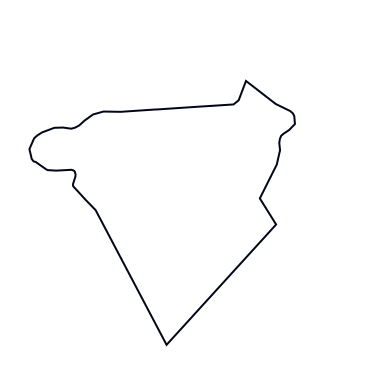 SVG path tracing the border of Granada, rotated 62°
{"feature_id": "NIC-655", "entity_name": "Granada", "entity_type": "Department", "adm_level": 1, "iso_a3": "NIC", "parent_name": "Nicaragua", "parent_adm1": "", "projection": "mercator", "projection_center": [-85.973, 11.905], "detail": "fine", "context": "isolated", "style": "outline", "palette": "ink", "viewbox_px": 384, "rotation_deg": 62, "n_neighbors": 0, "source": "natural_earth", "source_scale": "10m", "svg_char_len": 794}
<svg xmlns="http://www.w3.org/2000/svg" viewBox="0 0 384 384"><g transform="rotate(62 192 192)"><path d="M180.3,69.2L182.9,77.2L183.5,83.6L184.2,86.8L186.4,89.5L189.8,92.0L196.4,94.6L207.6,104.3L229.5,135.1L260.2,133.0L315.0,286.2L162.8,285.6L149.4,289.5L131.2,294.2L129.3,293.5L125.3,289.4L123.7,287.7L121.9,286.6L119.8,286.1L119.1,286.0L118.1,286.1L117.0,286.8L115.8,288.0L109.4,301.8L104.9,309.2L103.4,310.2L92.0,316.0L90.6,317.5L87.5,318.0L77.8,315.4L70.5,306.2L69.5,302.4L69.0,296.4L70.7,283.4L74.5,275.7L79.4,268.9L80.3,265.2L80.3,260.3L78.5,253.3L77.1,243.0L79.4,232.4L87.8,217.2L89.8,212.7L97.6,195.3L101.5,186.6L103.0,183.5L117.7,150.7L134.2,114.2L132.9,107.7L119.3,92.2L153.7,76.7L166.6,67.3L170.0,66.0L173.1,66.1L180.3,69.2Z" fill="none" stroke="#020617" stroke-width="2"/></g></svg>